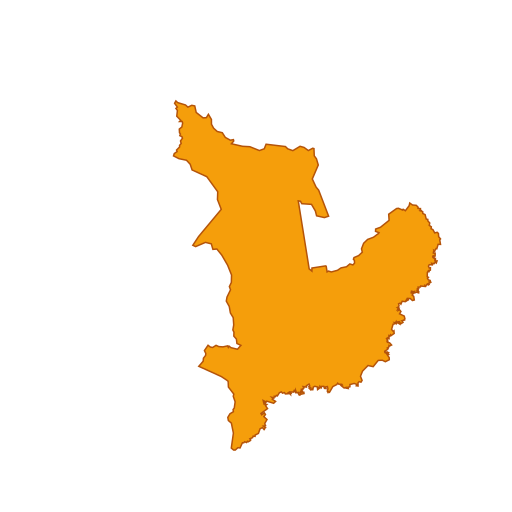 outline of Asunafo South, Brong Ahafo, Ghana, rotated 46°
{"feature_id": "2480657B2337940648547", "entity_name": "Asunafo South", "entity_type": "district", "adm_level": 2, "iso_a3": "GHA", "parent_name": "Ghana", "parent_adm1": "Brong Ahafo", "projection": "orthographic", "projection_center": [-2.473, 6.562], "detail": "fine", "context": "isolated", "style": "filled", "palette": "amber", "viewbox_px": 512, "rotation_deg": 46, "n_neighbors": 0, "source": "geoboundaries", "source_scale": "gbopen_adm2", "svg_char_len": 6150}
<svg xmlns="http://www.w3.org/2000/svg" viewBox="0 0 512 512"><g transform="rotate(46 256 256)"><path d="M88.8,205.9L89.6,208.5L94.3,209.1L94.2,211.1L96.7,211.4L100.4,215.9L106.2,215.9L106.2,217.5L108.0,215.7L109.4,216.4L111.7,219.7L111.4,223.0L114.2,225.4L115.7,225.6L116.5,227.2L118.7,226.4L120.2,227.1L120.8,230.4L123.1,231.7L123.3,234.1L124.5,235.2L124.6,239.6L126.1,240.2L125.5,243.6L126.7,245.8L132.5,243.8L138.8,239.5L144.3,239.6L149.7,242.2L164.8,236.3L183.2,238.9L188.6,244.5L198.3,248.6L202.1,283.7L204.4,294.0L207.3,292.9L211.1,282.9L216.2,279.7L221.3,282.4L223.8,279.3L231.6,280.0L242.9,282.8L252.7,286.8L257.9,292.1L259.5,296.4L262.6,297.8L265.4,305.4L267.8,308.7L273.7,310.3L279.2,314.0L284.5,315.2L290.1,319.9L293.1,324.0L295.5,324.8L298.2,327.6L302.1,327.8L305.7,330.5L309.8,328.9L310.2,334.1L304.5,337.7L302.1,338.0L302.5,339.4L300.9,338.9L298.4,342.9L295.3,345.7L292.5,346.8L291.7,350.7L289.8,352.1L286.9,352.5L288.2,358.8L291.2,359.8L292.5,361.3L293.0,364.8L295.0,367.1L295.6,373.8L318.6,364.7L324.9,363.3L326.8,363.1L331.1,366.9L339.9,367.9L341.1,369.8L346.4,372.3L350.3,377.3L350.5,379.1L352.3,380.4L351.4,384.3L352.5,388.4L355.2,390.2L359.1,389.8L367.7,395.3L377.0,407.2L380.0,406.9L381.2,405.7L381.3,402.2L383.0,400.8L380.9,395.5L381.9,394.6L381.7,393.2L383.6,392.4L383.3,390.9L384.2,390.8L384.8,388.7L384.7,387.6L383.2,387.4L384.3,384.6L383.6,383.2L385.1,382.0L384.2,381.0L385.3,377.5L383.1,373.1L383.9,370.6L387.2,370.8L385.9,370.2L386.1,368.4L383.5,368.8L384.7,367.1L384.9,366.4L384.3,367.1L382.5,365.9L381.3,361.7L377.0,361.9L376.6,359.3L374.7,358.9L374.2,362.2L372.7,361.8L373.8,353.7L370.2,353.1L370.3,351.4L368.1,353.1L364.9,351.2L366.9,350.5L367.2,351.7L368.4,351.9L367.9,349.1L374.2,345.6L374.2,342.9L370.5,343.8L370.4,342.8L368.7,342.8L370.6,341.6L369.6,340.3L370.7,339.8L370.4,338.2L371.5,337.8L370.6,334.2L371.3,332.2L373.1,332.2L374.0,330.4L375.6,330.7L377.3,328.7L376.7,328.4L377.0,326.5L377.7,326.5L377.1,327.5L379.4,327.4L378.6,326.9L379.2,326.2L377.6,325.8L379.9,323.6L379.3,322.0L381.0,322.3L379.9,320.7L382.4,321.9L384.1,319.5L383.9,321.0L386.1,321.5L386.6,320.8L385.2,319.0L386.8,319.5L388.3,317.0L387.2,316.2L385.3,318.2L385.5,316.0L384.8,317.4L383.4,316.0L385.1,314.7L383.9,315.1L384.2,313.2L382.7,312.8L385.3,310.8L384.3,309.9L385.0,306.8L386.8,307.6L386.7,308.8L388.9,308.3L388.2,309.6L390.5,309.6L390.9,307.9L392.0,308.5L390.1,305.8L390.6,304.2L392.8,302.8L394.9,304.5L395.1,303.2L393.7,302.5L395.3,301.9L394.1,300.5L396.0,300.5L395.3,299.5L396.8,297.8L398.8,298.7L400.0,297.7L398.4,297.0L399.5,295.3L401.6,296.6L402.7,298.6L404.2,299.0L404.0,298.1L405.1,297.8L403.3,291.4L404.6,287.2L404.2,285.6L405.7,285.5L407.9,283.4L408.8,283.5L408.3,284.8L412.2,284.3L413.1,282.5L413.6,283.0L415.4,281.7L414.3,281.1L415.3,279.3L413.7,277.7L415.9,273.9L418.5,272.6L419.0,274.0L420.4,272.9L418.1,270.7L418.0,269.1L419.7,268.1L419.2,266.1L415.1,264.4L412.8,259.3L412.6,251.5L417.0,248.6L416.0,240.6L418.8,237.5L421.9,236.4L423.2,232.2L421.7,230.8L418.0,230.1L418.8,229.1L417.7,229.2L417.8,227.8L416.1,228.3L416.6,230.5L415.7,229.1L414.9,230.3L413.9,229.6L414.6,226.1L414.2,225.0L413.0,225.9L413.9,224.2L412.9,222.6L413.5,222.7L414.2,220.3L411.3,220.2L409.4,221.4L408.3,221.0L408.7,220.2L406.0,219.4L406.3,218.0L407.1,218.6L408.0,217.8L405.6,215.7L406.6,215.4L406.1,214.0L407.1,214.2L407.7,210.4L405.7,208.8L405.7,209.6L403.0,209.5L400.3,204.8L401.4,202.8L400.1,202.7L400.9,202.1L400.5,200.7L402.0,201.5L401.5,200.2L402.4,199.0L402.3,200.6L405.0,199.8L403.7,198.8L405.4,198.6L405.9,196.4L403.9,196.0L405.6,193.0L404.7,193.7L404.6,192.5L402.2,191.1L397.3,192.9L396.6,190.3L394.4,190.1L394.0,191.4L393.3,189.9L392.9,191.1L392.6,190.0L391.5,190.2L392.1,189.3L390.8,189.2L391.6,188.9L391.2,187.7L389.4,186.6L390.0,185.1L391.3,185.2L390.1,182.3L392.6,180.3L393.1,177.8L392.1,178.6L391.6,176.7L393.0,176.6L392.4,175.8L393.7,174.6L396.7,174.4L397.6,172.7L394.6,170.6L392.6,170.8L392.2,168.9L390.3,170.0L389.3,168.6L390.5,167.8L390.3,168.5L391.9,168.3L391.8,166.7L392.9,167.3L393.4,165.8L395.5,164.6L394.7,163.7L393.6,164.5L393.5,163.5L392.4,163.9L392.8,162.6L391.6,162.4L392.2,161.3L391.1,161.0L392.5,159.2L392.0,158.4L395.4,155.5L394.6,155.0L395.6,154.7L395.0,153.0L396.3,152.2L395.5,151.7L396.5,151.1L395.7,150.7L396.1,149.6L395.2,149.4L396.2,148.5L394.5,147.7L392.9,148.6L391.1,148.1L391.1,146.8L389.8,147.2L386.8,144.1L386.4,142.3L388.0,142.8L386.8,141.8L387.3,140.4L385.6,138.7L385.0,139.7L383.1,139.0L382.6,137.4L384.6,135.6L383.6,134.9L384.8,134.8L384.3,133.6L385.8,132.8L385.1,132.9L385.0,131.3L386.3,131.2L385.3,129.2L384.3,130.3L382.9,129.1L383.0,130.0L382.2,129.3L380.3,129.7L380.5,128.8L379.2,129.2L378.9,128.4L380.4,127.1L378.8,125.5L377.0,126.4L376.1,125.0L377.0,124.5L375.7,124.0L376.4,123.8L375.7,121.3L376.4,120.9L374.1,116.9L375.8,115.2L372.0,112.6L371.9,111.4L369.0,111.2L366.5,109.1L364.8,109.2L363.5,111.4L359.9,110.4L358.0,111.1L356.8,109.6L354.3,110.1L353.0,108.1L350.1,108.0L349.0,107.0L347.7,107.9L343.7,105.6L341.3,106.5L339.9,105.3L337.4,106.5L337.6,105.6L336.8,105.9L336.1,104.8L334.3,106.4L333.5,105.5L330.9,105.5L328.0,108.0L324.7,108.6L326.2,110.9L327.2,117.1L324.6,117.7L324.8,118.6L320.6,120.4L319.5,121.9L318.1,131.5L322.8,135.5L321.8,146.5L319.7,151.2L321.3,152.9L324.7,151.3L324.9,152.1L324.1,158.5L321.6,164.2L321.6,169.7L324.1,175.1L327.1,176.9L327.0,181.9L325.2,186.6L326.0,188.2L327.6,188.3L329.6,190.1L329.7,192.5L326.9,194.0L326.6,198.4L323.6,203.1L322.9,207.3L319.8,212.9L317.2,214.3L316.8,215.9L312.1,212.6L311.4,212.9L303.5,224.1L305.7,226.3L302.2,226.7L245.7,187.3L247.5,186.0L250.2,186.7L257.4,180.2L264.8,182.0L269.2,184.5L275.9,180.1L277.8,176.1L252.2,165.2L248.1,164.9L239.7,162.0L233.8,148.0L228.1,145.0L224.4,144.5L219.0,139.7L217.9,140.3L216.5,145.1L211.3,146.0L207.7,148.1L205.8,156.3L201.0,158.7L197.7,158.8L182.6,171.1L184.6,175.6L182.5,180.3L173.1,184.5L167.7,189.5L158.2,195.7L157.8,192.1L156.6,191.4L154.9,194.0L149.4,195.7L143.9,194.6L139.5,197.4L134.6,197.7L130.3,196.5L126.8,193.2L121.0,191.8L122.0,195.6L119.9,198.1L111.2,199.3L105.5,195.8L103.0,197.5L101.6,201.6L98.4,201.8L91.2,205.8L88.8,205.9Z" fill="#f59e0b" stroke="#b45309" stroke-width="1.5"/></g></svg>